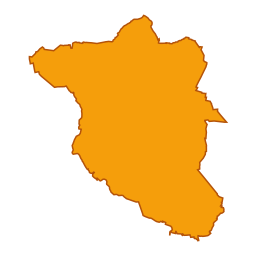 outline of Zináparo, Michoacán, Mexico
{"feature_id": "50627088B92928656414913", "entity_name": "Zináparo", "entity_type": "district", "adm_level": 2, "iso_a3": "MEX", "parent_name": "Mexico", "parent_adm1": "Michoacán", "projection": "orthographic", "projection_center": [-102.009, 20.178], "detail": "fine", "context": "isolated", "style": "filled", "palette": "amber", "viewbox_px": 256, "rotation_deg": 0, "n_neighbors": 0, "source": "geoboundaries", "source_scale": "gbopen_adm2", "svg_char_len": 5698}
<svg xmlns="http://www.w3.org/2000/svg" viewBox="0 0 256 256"><path d="M226.6,122.2L220.1,114.6L217.5,111.3L217.6,109.2L213.1,109.6L212.7,107.6L211.6,104.5L211.5,104.4L211.4,104.2L211.5,103.5L210.6,102.4L210.3,101.4L209.5,101.2L205.8,100.4L206.4,97.3L205.3,97.3L205.8,93.5L205.0,93.6L204.6,93.4L203.4,93.3L202.5,93.1L201.9,93.1L201.7,92.7L201.7,92.3L199.5,91.6L195.9,90.5L197.1,88.7L197.6,87.5L196.1,87.2L196.2,86.4L198.6,81.5L200.9,77.2L203.0,72.8L206.0,66.7L206.1,66.0L206.8,64.0L206.8,62.6L204.6,61.6L203.5,60.4L204.0,55.4L201.5,50.6L201.0,49.9L202.1,47.0L199.9,46.7L199.3,47.4L195.1,41.4L195.2,41.0L191.9,40.0L191.8,39.6L188.7,38.8L188.8,37.7L185.9,37.2L185.7,37.5L184.8,38.1L183.9,38.5L183.8,39.1L182.9,39.2L181.9,39.6L180.8,40.5L179.8,40.5L178.2,41.1L177.9,41.8L177.3,42.0L175.7,42.0L175.0,42.6L173.1,42.8L172.7,43.2L172.4,43.4L172.3,43.6L171.5,43.7L169.6,43.5L169.5,43.1L168.5,43.1L166.2,42.8L166.2,43.3L164.8,43.2L162.7,43.3L159.8,43.3L158.5,43.0L158.6,42.2L158.7,41.3L158.7,40.4L159.3,40.5L159.1,38.8L157.8,39.7L157.0,37.0L156.2,35.8L155.4,34.0L153.0,30.9L151.9,28.9L151.8,28.6L151.1,27.6L150.9,26.0L151.5,25.4L151.9,24.7L152.1,23.3L152.0,22.3L151.4,21.3L150.5,20.6L149.6,20.1L148.8,19.2L148.2,18.2L147.3,17.5L145.3,16.1L143.7,15.4L143.0,16.4L142.4,17.2L141.7,17.8L140.4,18.4L137.6,19.3L137.2,19.3L134.7,19.3L134.1,19.3L133.4,19.6L131.7,21.1L131.2,21.1L130.9,21.4L130.7,22.0L130.5,22.3L130.0,22.6L129.7,22.7L129.4,23.1L128.2,23.5L127.8,23.8L127.5,24.0L126.7,24.5L125.4,25.4L124.4,25.7L123.2,26.8L122.7,27.4L122.2,28.1L121.2,28.8L119.9,31.0L119.7,31.3L119.2,32.3L118.7,32.7L118.1,32.8L117.5,33.6L118.3,35.0L116.2,37.3L115.2,37.5L115.0,38.6L114.5,39.2L113.3,40.0L113.1,40.3L113.0,41.1L112.0,41.8L108.6,41.4L107.3,41.6L105.7,41.8L97.0,43.5L91.4,42.8L88.3,42.6L86.1,42.4L85.6,42.5L85.2,42.5L84.0,42.2L83.3,42.1L82.6,42.7L82.8,43.1L82.2,43.4L79.3,42.8L79.1,42.4L77.0,42.6L76.7,42.2L75.3,42.1L73.2,42.9L72.7,43.4L72.6,44.1L72.5,45.7L72.1,48.2L70.9,48.2L70.1,44.9L69.2,44.9L69.4,45.2L64.3,45.4L63.5,45.7L62.2,45.4L61.3,45.3L60.4,45.2L53.7,50.7L44.3,49.4L43.7,48.0L42.4,47.0L39.9,48.8L37.5,51.6L35.9,51.9L35.6,53.3L31.9,57.0L30.8,56.7L30.1,56.7L29.4,56.6L29.4,58.3L29.5,59.6L29.8,60.9L30.1,62.2L30.3,63.8L33.2,63.1L33.8,66.2L34.7,71.0L35.1,72.5L38.7,71.7L39.4,74.3L41.5,76.4L54.5,87.3L57.7,86.8L62.9,86.7L64.7,86.6L65.6,86.2L66.3,86.1L69.2,90.7L69.9,91.2L71.0,92.5L71.6,92.5L72.6,93.0L73.2,92.4L73.6,92.5L73.8,93.0L73.7,94.0L74.0,95.4L74.7,96.8L75.5,97.7L75.9,98.3L76.4,98.9L75.9,100.8L76.5,101.0L77.4,102.5L79.5,104.2L79.7,104.4L80.1,105.4L80.3,106.4L81.3,108.0L81.9,109.5L81.6,110.5L81.6,111.5L81.9,113.0L81.9,116.4L81.6,117.8L79.2,120.1L79.1,123.2L79.0,124.0L79.4,124.4L79.8,125.1L79.0,126.5L78.8,127.0L78.7,127.7L78.9,128.9L81.2,129.3L80.3,133.2L79.4,134.6L79.1,134.9L76.3,136.3L74.4,139.9L73.8,141.7L73.3,142.9L73.2,143.4L72.2,145.5L72.4,146.6L72.7,148.0L73.2,149.6L73.2,150.0L73.0,150.6L72.7,151.1L72.2,152.3L72.2,152.7L72.3,153.1L72.7,153.7L73.2,154.2L77.3,153.5L78.0,153.8L78.7,154.3L79.1,154.8L79.7,155.7L80.1,156.7L80.9,158.5L82.0,160.1L82.3,161.2L82.6,161.6L82.9,161.8L84.8,165.5L86.0,167.5L87.2,169.2L88.2,169.1L88.1,169.6L88.4,170.3L89.2,171.1L89.3,171.7L89.5,172.5L90.3,173.0L91.2,173.3L92.4,173.4L93.5,172.2L93.9,172.2L94.2,172.5L93.7,173.1L92.8,173.9L92.6,176.0L93.5,177.0L94.7,178.0L95.9,178.6L96.7,179.8L97.1,180.0L97.3,178.4L100.2,180.9L101.1,180.6L102.0,180.0L103.1,179.2L104.5,179.2L105.2,179.5L105.9,179.9L106.3,180.2L106.9,181.9L106.6,183.8L106.8,184.4L108.9,186.3L109.4,186.9L109.5,187.6L109.5,188.2L109.7,189.2L110.4,190.7L110.7,191.0L111.0,192.1L113.9,194.7L116.2,194.4L117.1,194.6L118.8,195.6L121.6,195.3L122.9,195.5L123.5,196.1L124.2,196.9L126.2,198.4L126.3,198.6L136.1,202.0L138.5,201.9L139.8,205.5L142.7,213.9L143.1,215.5L145.1,216.5L147.5,217.4L148.5,217.8L149.5,218.1L150.7,218.1L151.9,218.6L155.2,220.8L156.7,221.6L159.2,222.2L159.8,222.0L160.9,221.3L161.8,221.9L162.8,222.2L162.8,221.3L165.7,222.5L165.4,224.3L170.8,226.2L171.2,226.8L171.7,227.3L172.0,228.4L172.3,229.8L170.9,231.0L170.4,231.3L172.1,232.7L175.5,233.5L175.8,231.5L176.0,231.5L177.2,233.7L178.1,233.8L181.0,233.9L181.2,234.1L181.6,234.3L181.8,234.8L182.2,235.2L182.4,235.3L182.6,234.3L182.7,234.0L183.2,234.3L183.3,234.4L183.3,235.1L184.5,235.3L186.9,235.2L189.9,234.9L189.9,235.1L190.3,235.8L190.7,237.3L194.0,237.0L194.2,238.2L194.8,238.6L195.8,238.5L196.8,239.5L197.8,239.8L197.8,240.6L198.7,240.5L198.7,240.1L198.0,237.3L198.1,235.7L199.0,235.8L199.5,236.2L200.3,236.3L201.1,236.1L202.2,236.3L203.5,236.3L205.8,236.0L207.9,235.6L209.9,234.2L210.1,233.6L210.5,233.3L210.0,233.1L210.1,232.3L209.4,232.0L209.4,231.7L209.8,231.0L210.2,230.8L210.7,230.7L211.0,230.5L211.4,230.0L212.3,227.5L213.0,226.5L213.7,225.0L213.5,224.2L213.5,223.1L214.1,222.3L217.0,219.7L217.1,218.8L216.9,218.8L216.6,218.5L216.7,218.4L217.0,218.3L217.3,216.2L217.6,216.2L218.1,215.9L218.5,215.4L219.4,214.7L219.7,214.4L219.9,214.1L220.3,213.4L220.8,213.2L221.1,213.3L222.2,213.0L223.3,212.2L223.5,212.1L223.8,211.4L224.0,211.1L223.7,210.6L223.9,209.2L223.4,207.7L221.4,207.4L222.0,206.1L220.6,205.9L222.0,203.8L221.5,202.5L222.0,202.5L222.8,198.0L219.9,197.0L219.0,196.6L217.3,194.8L217.2,194.6L217.3,193.9L203.4,176.8L197.6,169.8L199.7,169.0L199.6,166.0L199.9,165.0L199.7,162.4L203.3,158.1L205.3,154.4L205.5,151.7L206.3,151.8L206.4,152.0L206.4,150.2L206.4,147.6L206.3,146.5L206.5,146.1L206.4,145.1L205.4,141.3L204.8,138.3L205.9,138.5L206.2,134.2L206.4,132.4L205.9,128.8L206.7,125.6L207.1,124.5L205.7,122.5L205.1,121.2L204.8,121.0L204.8,120.4L207.9,119.9L209.3,121.4L214.1,121.0L224.5,122.2L226.6,122.2ZM170.4,231.3L169.8,232.4L169.7,234.8L169.9,234.8L170.4,231.3Z" fill="#f59e0b" stroke="#b45309" stroke-width="1.5"/></svg>